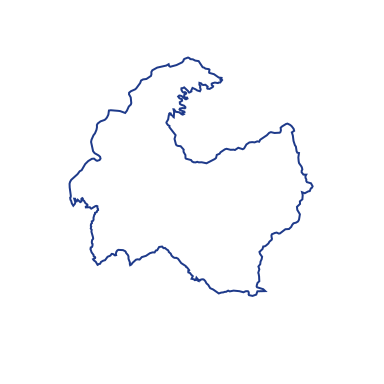 outline of Mphaki, Quthing, Lesotho, rotated 326°
{"feature_id": "5366337B73026559585968", "entity_name": "Mphaki", "entity_type": "district", "adm_level": 2, "iso_a3": "LSO", "parent_name": "Lesotho", "parent_adm1": "Quthing", "projection": "natural_earth1", "projection_center": [28.183, -30.161], "detail": "fine", "context": "isolated", "style": "outline", "palette": "blue", "viewbox_px": 384, "rotation_deg": 326, "n_neighbors": 0, "source": "geoboundaries", "source_scale": "gbopen_adm2", "svg_char_len": 6022}
<svg xmlns="http://www.w3.org/2000/svg" viewBox="0 0 384 384"><g transform="rotate(326 192 192)"><path d="M197.3,315.1L196.7,312.4L192.7,307.4L192.7,306.6L193.6,305.5L195.5,304.0L197.9,303.6L200.4,299.5L201.5,297.1L201.7,296.1L204.6,293.7L205.4,290.9L208.2,290.0L209.9,288.0L212.1,286.7L213.9,284.9L213.8,281.3L214.4,279.4L218.6,278.7L220.6,277.0L221.8,277.7L223.3,277.8L226.6,277.4L228.3,276.5L231.5,276.1L232.3,275.2L232.7,274.0L233.6,272.4L234.6,271.7L237.8,272.3L239.5,273.0L240.7,275.0L241.7,275.5L248.6,275.1L251.7,276.9L254.8,276.4L256.4,275.4L258.6,274.7L261.2,275.6L263.4,275.7L265.2,274.8L269.0,270.8L269.3,265.7L270.7,263.0L274.9,262.3L276.2,260.1L279.4,259.8L282.1,256.4L283.1,253.7L284.8,256.1L288.8,256.5L290.1,257.1L292.5,255.5L293.9,255.5L295.2,254.7L295.5,251.3L292.8,248.1L292.9,246.7L293.8,245.5L294.0,243.8L294.9,242.3L296.4,241.5L294.1,239.9L293.9,237.0L294.8,235.7L296.0,235.1L296.6,233.8L297.0,232.2L296.9,227.9L297.6,226.2L299.5,222.8L302.5,219.5L301.3,218.3L301.5,216.7L303.5,212.5L303.5,210.7L304.7,206.5L307.2,201.5L308.1,198.4L310.9,198.4L311.6,196.4L311.4,193.0L310.8,191.1L309.4,188.7L308.0,188.2L303.3,188.0L301.4,188.3L300.2,190.6L298.9,191.7L297.9,191.9L293.4,189.2L290.9,186.5L289.1,186.1L285.9,186.8L277.8,186.8L275.8,187.9L274.4,186.5L271.7,185.9L269.8,184.3L267.3,183.0L263.7,183.0L259.6,185.0L258.0,184.9L255.1,181.2L251.1,181.2L250.2,180.2L247.6,178.6L244.8,175.5L243.1,175.0L237.9,175.0L236.2,175.7L233.3,175.1L231.0,177.2L229.4,177.4L220.1,176.3L216.7,172.8L214.2,171.2L213.2,169.9L211.6,169.5L209.9,168.2L209.1,166.6L209.1,165.0L205.7,161.1L205.6,160.2L207.2,157.7L207.4,154.4L207.9,153.2L208.8,152.2L208.2,147.7L206.1,145.9L205.3,144.6L205.3,143.6L207.2,138.2L210.2,135.7L209.5,125.7L210.3,124.6L209.5,123.1L209.4,120.8L209.7,120.0L212.8,118.5L215.8,115.3L216.6,115.0L216.9,114.3L217.6,114.2L218.3,115.0L217.8,116.4L218.7,118.3L218.5,119.3L218.7,119.8L222.0,115.6L222.9,113.1L223.3,113.4L223.5,116.5L226.0,118.8L226.9,121.7L227.6,122.7L228.3,122.8L227.6,121.4L228.0,121.0L230.3,121.8L230.6,121.1L228.0,117.7L227.8,116.6L228.6,116.1L230.9,117.0L232.9,118.6L233.6,118.5L234.0,117.8L233.6,115.9L231.9,113.7L231.3,112.2L232.1,110.7L234.8,110.8L235.5,109.4L234.0,107.3L233.9,105.1L235.4,104.9L236.2,105.6L237.0,106.6L238.4,111.3L238.9,111.8L240.5,112.0L240.7,111.0L239.1,110.0L238.8,109.1L239.6,107.4L240.5,106.8L241.4,107.3L242.3,107.0L242.5,106.4L242.0,105.2L241.0,105.0L240.4,104.5L240.2,103.7L240.2,102.1L240.7,100.7L241.3,100.1L242.3,100.7L244.0,100.9L245.2,106.2L245.0,107.6L245.5,108.1L247.7,108.3L247.9,107.6L250.6,106.0L252.4,108.9L253.1,110.7L254.9,112.9L256.3,112.1L256.7,111.5L257.0,110.1L258.0,108.9L258.1,107.2L259.2,105.7L260.4,107.2L260.3,108.6L261.2,109.6L263.1,110.6L263.9,113.4L262.7,114.3L262.6,115.0L264.3,116.4L267.9,116.6L268.7,116.1L268.2,114.4L268.8,113.3L269.6,113.2L272.2,114.1L274.4,116.2L275.6,116.3L276.6,117.0L279.6,116.0L279.6,115.5L278.7,115.3L278.3,114.8L278.8,114.3L279.9,114.3L280.3,113.9L278.2,112.1L276.1,106.6L273.0,103.0L273.1,102.3L274.9,100.3L274.7,99.6L272.1,97.2L271.6,95.7L270.6,94.5L270.7,87.2L268.1,84.8L266.9,82.5L264.9,80.9L264.8,79.8L263.9,78.3L260.1,77.4L259.2,77.6L258.4,78.4L256.4,79.0L250.1,78.1L244.0,76.0L243.5,74.7L244.1,73.0L241.4,72.8L232.7,69.4L227.2,68.9L225.4,69.8L224.2,71.7L222.9,72.8L217.4,72.8L214.4,71.3L212.1,71.1L209.9,72.7L203.7,74.9L202.2,75.1L197.8,74.3L195.4,74.5L194.4,75.8L194.1,79.3L191.4,84.3L190.2,85.3L187.4,85.8L183.5,88.2L180.8,89.1L177.7,84.8L176.5,83.7L170.4,78.8L168.7,78.0L165.9,81.1L163.1,82.7L161.4,83.2L159.9,83.4L155.7,82.3L152.1,82.5L150.6,83.3L149.4,85.2L147.6,87.0L144.4,89.1L142.0,89.9L139.8,91.3L137.9,92.5L136.3,94.1L132.8,102.9L133.0,105.4L135.0,109.4L135.5,111.4L134.8,113.2L133.2,113.8L130.8,113.1L130.2,112.2L129.4,109.5L127.5,108.5L123.3,108.3L119.1,109.1L112.7,112.2L110.5,112.0L107.1,113.2L98.6,114.4L96.5,115.5L95.1,116.7L93.1,119.9L89.5,127.2L88.7,128.3L87.8,128.6L86.9,130.5L86.8,131.9L86.0,134.3L85.9,137.0L88.3,136.3L89.6,135.2L90.6,131.7L91.3,132.2L90.8,135.1L91.2,135.3L92.9,134.5L93.7,137.9L95.0,138.0L96.5,135.8L97.6,135.7L97.8,136.4L97.1,137.4L97.6,139.1L97.4,141.6L98.1,143.5L98.1,144.4L97.3,144.8L95.7,144.8L95.4,145.4L98.8,147.5L98.9,149.0L99.2,149.5L104.1,149.7L105.2,150.2L105.6,150.9L104.7,152.2L104.6,153.5L104.0,154.5L103.1,154.4L101.7,155.4L100.0,155.0L99.3,156.0L98.5,156.1L95.9,158.3L95.0,159.8L94.0,160.5L92.5,160.3L91.6,161.9L90.8,161.9L89.7,162.8L89.1,163.7L89.2,164.2L87.6,165.7L87.7,167.2L86.4,168.7L84.6,174.2L83.9,175.5L82.3,176.0L80.9,177.5L80.3,178.9L80.5,179.5L79.5,180.8L78.5,181.6L77.0,181.4L76.4,182.4L75.9,182.5L75.0,186.0L75.2,189.1L74.6,190.1L74.6,190.6L75.2,191.5L75.1,192.2L74.7,192.6L72.4,192.4L72.4,193.7L73.2,196.0L72.9,200.5L73.1,199.8L73.9,199.4L75.7,200.1L77.5,199.1L80.0,199.3L81.8,199.9L85.8,198.5L88.7,199.1L90.8,198.4L91.8,199.2L92.7,201.5L93.8,201.9L94.2,200.7L96.0,199.2L97.5,198.7L98.6,198.8L102.3,201.6L103.5,203.7L103.6,204.6L103.3,205.4L103.6,208.7L103.3,209.9L102.0,211.9L101.1,215.7L100.2,216.9L99.8,218.1L101.2,218.2L103.0,217.5L107.7,216.8L109.1,217.3L110.8,218.7L114.0,217.9L118.1,219.2L122.9,219.2L125.5,220.0L127.2,221.2L129.3,220.3L130.6,220.8L134.0,219.2L136.7,220.5L136.8,221.9L137.1,222.1L137.3,222.9L138.3,223.3L138.9,225.6L139.5,226.6L139.5,228.2L139.2,228.7L139.9,231.2L139.5,233.4L140.1,235.9L141.0,237.1L142.2,237.8L143.1,239.5L143.3,244.9L145.4,249.9L145.2,250.9L145.7,251.6L146.0,256.1L145.5,255.3L144.8,255.3L144.0,256.6L145.1,258.2L145.1,260.0L145.6,262.2L143.1,263.7L144.9,265.6L144.9,266.5L146.1,267.3L146.6,266.9L146.7,266.4L147.8,265.5L148.0,267.8L147.4,269.0L147.8,269.6L148.6,268.7L149.3,269.8L150.6,269.6L152.3,270.5L152.9,271.4L153.2,273.3L152.9,275.8L153.5,278.1L153.3,281.9L155.0,284.6L157.5,291.1L159.9,291.7L162.0,292.8L163.1,293.0L164.5,293.8L166.8,294.0L167.7,295.5L171.3,297.0L175.8,300.7L178.6,303.9L181.0,304.3L182.3,305.1L182.9,305.6L183.0,306.4L182.6,307.6L181.7,308.5L181.6,309.4L184.1,312.0L187.9,313.0L190.7,310.9L197.3,315.1Z" fill="none" stroke="#1e3a8a" stroke-width="2"/></g></svg>